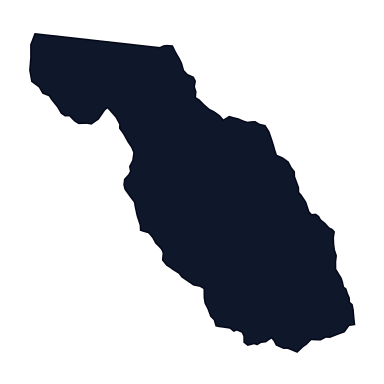 Damianópolis, Goiás, Brazil, rotated 178°
{"feature_id": "56859067B27804700645392", "entity_name": "Damianópolis", "entity_type": "district", "adm_level": 2, "iso_a3": "BRA", "parent_name": "Brazil", "parent_adm1": "Goiás", "projection": "equal_earth", "projection_center": [-46.199, -14.556], "detail": "fine", "context": "isolated", "style": "filled", "palette": "ink", "viewbox_px": 384, "rotation_deg": 178, "n_neighbors": 0, "source": "geoboundaries", "source_scale": "gbopen_adm2", "svg_char_len": 2045}
<svg xmlns="http://www.w3.org/2000/svg" viewBox="0 0 384 384"><g transform="rotate(178 192 192)"><path d="M347.9,344.9L348.3,332.3L349.8,319.5L348.2,308.1L340.9,302.3L337.6,296.0L331.2,293.2L329.0,289.4L323.3,281.8L319.8,275.3L316.1,272.6L311.7,272.6L306.8,267.2L302.8,264.5L294.7,264.5L290.2,263.6L283.1,268.2L276.4,277.2L273.4,279.4L265.3,269.6L261.7,262.3L262.0,258.2L258.3,252.7L254.1,244.4L250.6,238.8L248.6,233.4L250.0,225.5L253.3,219.7L252.6,214.6L254.5,211.4L258.8,207.1L259.7,201.8L258.8,197.2L253.5,189.2L249.8,184.0L249.0,178.3L247.5,170.1L244.8,160.8L244.7,155.6L241.4,154.4L236.7,152.9L232.8,148.0L229.9,142.2L226.5,138.6L224.2,135.9L222.8,132.1L223.7,125.1L219.7,119.7L216.5,117.6L213.5,115.2L207.7,111.3L205.0,107.5L193.6,99.1L187.2,97.6L183.2,95.1L183.4,86.0L182.7,80.4L180.0,74.7L177.5,67.1L174.2,63.6L172.6,57.4L169.4,56.6L165.5,56.0L158.6,54.7L155.1,51.5L152.0,52.7L146.6,50.1L145.0,46.0L145.2,40.1L141.6,37.0L135.2,38.4L132.2,37.3L128.5,39.4L123.6,39.8L120.2,42.1L117.5,43.6L115.1,40.6L113.1,36.2L106.0,32.7L101.8,32.6L92.5,28.4L86.4,33.8L83.3,35.7L78.2,40.5L73.7,40.1L68.8,39.8L63.5,42.4L59.1,42.1L51.9,44.7L44.7,47.0L39.8,53.3L34.2,53.9L34.7,60.4L35.1,68.6L36.0,73.9L38.6,76.3L38.6,80.6L40.4,85.2L41.6,89.6L44.0,91.7L44.9,96.8L46.0,100.6L51.2,109.8L51.0,117.2L50.1,123.3L51.8,129.1L52.3,134.4L52.4,141.5L51.3,147.2L53.4,149.7L56.5,151.3L60.2,155.8L64.6,159.6L66.4,163.1L69.2,165.3L73.5,165.1L76.0,168.2L78.8,177.9L83.2,185.1L85.5,187.8L85.5,192.8L89.1,203.7L89.1,208.6L92.3,213.1L94.9,218.6L100.3,222.8L106.4,225.7L107.9,230.8L109.1,235.9L110.6,241.3L113.1,249.5L116.8,255.8L122.1,257.1L126.6,260.0L129.6,260.0L134.2,259.6L138.0,260.9L143.3,263.4L148.4,264.8L152.1,266.1L158.2,262.6L161.9,267.2L165.0,269.6L167.5,271.5L172.0,273.9L177.1,278.7L181.7,283.7L185.4,286.2L184.7,292.1L186.1,297.0L184.9,302.6L186.7,306.6L192.8,309.6L196.3,313.7L198.1,321.1L200.0,325.3L203.9,332.7L206.5,338.6L212.0,339.2L215.4,338.9L219.0,337.3L343.4,355.6L346.0,349.3L347.9,344.9Z" fill="#0f172a" stroke="#020617" stroke-width="1.5"/></g></svg>